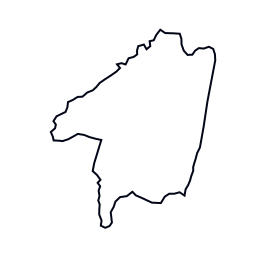 outline of Sério, Rio Grande do Sul, Brazil, rotated 99°
{"feature_id": "56859067B15615796169144", "entity_name": "Sério", "entity_type": "district", "adm_level": 2, "iso_a3": "BRA", "parent_name": "Brazil", "parent_adm1": "Rio Grande do Sul", "projection": "mercator", "projection_center": [-52.238, -29.405], "detail": "fine", "context": "isolated", "style": "outline", "palette": "ink", "viewbox_px": 256, "rotation_deg": 99, "n_neighbors": 0, "source": "geoboundaries", "source_scale": "gbopen_adm2", "svg_char_len": 1375}
<svg xmlns="http://www.w3.org/2000/svg" viewBox="0 0 256 256"><g transform="rotate(99 128 128)"><path d="M25.9,111.5L31.8,114.7L37.3,116.3L38.9,120.2L43.7,118.8L47.3,122.0L43.1,125.4L45.6,130.7L49.9,131.2L53.9,130.5L56.9,133.5L59.0,138.3L65.6,140.3L65.0,144.6L66.8,148.8L70.0,145.3L74.1,148.3L78.1,152.4L83.7,158.6L87.9,163.0L92.5,165.7L96.3,168.7L99.4,173.9L104.2,177.9L105.2,182.6L109.0,187.0L111.8,191.3L117.0,191.1L121.9,192.2L127.6,200.4L132.9,202.7L135.9,199.8L139.7,200.0L144.0,203.6L148.3,200.9L151.9,199.5L151.4,194.7L151.1,190.4L148.4,185.2L145.0,180.8L141.7,176.7L141.7,170.3L143.0,164.6L143.7,158.4L144.0,152.5L168.3,155.9L176.1,156.1L179.3,151.2L183.5,147.1L186.9,149.4L189.9,146.4L194.5,147.2L199.6,145.5L204.2,146.0L208.0,144.0L213.0,143.6L217.9,142.9L223.6,139.6L228.7,139.6L230.1,134.8L227.7,130.9L223.9,129.1L218.9,130.5L213.9,131.9L208.2,129.8L202.6,128.9L197.5,125.0L195.5,118.5L190.3,113.7L193.3,109.7L194.7,104.2L196.4,98.2L198.0,92.7L197.0,83.8L190.0,80.9L186.5,77.0L185.7,72.0L183.4,67.0L185.9,61.6L179.5,61.5L175.1,59.7L170.3,58.5L165.5,58.0L160.2,56.9L156.4,57.5L152.8,57.1L148.2,56.4L142.1,55.8L135.9,53.9L114.5,53.5L89.3,53.7L47.5,52.4L41.5,53.7L36.6,56.2L35.1,60.8L37.7,65.6L38.0,70.5L41.1,73.8L45.5,75.9L46.5,80.6L42.9,85.0L37.1,88.2L31.6,89.2L26.8,91.6L27.4,98.1L28.4,106.1L25.9,111.5Z" fill="none" stroke="#020617" stroke-width="2"/></g></svg>